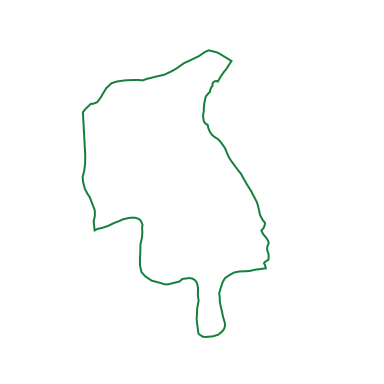 Banha, Al Qalyubiyah, Egypt (orthographic projection), rotated 148°
{"feature_id": "37247803B4989882956634", "entity_name": "Banha", "entity_type": "district", "adm_level": 2, "iso_a3": "EGY", "parent_name": "Egypt", "parent_adm1": "Al Qalyubiyah", "projection": "orthographic", "projection_center": [31.184, 30.466], "detail": "fine", "context": "isolated", "style": "outline", "palette": "green", "viewbox_px": 384, "rotation_deg": 148, "n_neighbors": 0, "source": "geoboundaries", "source_scale": "gbopen_adm2", "svg_char_len": 5114}
<svg xmlns="http://www.w3.org/2000/svg" viewBox="0 0 384 384"><g transform="rotate(148 192 192)"><path d="M89.1,282.1L91.1,286.2L93.0,290.0L95.5,295.0L97.1,297.5L102.8,303.3L106.9,303.9L114.2,303.6L124.5,304.7L130.3,305.5L139.7,305.0L143.8,305.1L145.3,305.2L153.1,306.1L160.2,308.5L161.6,309.0L163.2,309.5L170.8,312.0L174.7,312.8L179.1,316.1L183.7,318.8L189.5,322.1L196.9,325.4L202.6,326.9L209.7,325.5L215.2,322.7L219.8,320.3L224.9,318.4L229.5,319.3L230.9,320.4L238.6,318.8L242.3,317.4L263.1,279.7L267.4,273.0L269.9,269.9L271.7,267.6L276.9,262.6L279.2,257.8L281.1,251.8L281.6,246.2L281.5,241.8L284.1,228.1L286.9,223.4L291.1,219.0L294.9,211.0L291.8,210.8L287.3,209.2L281.5,207.8L278.3,207.4L274.6,207.0L268.5,205.8L265.4,205.5L259.6,203.6L255.7,201.6L253.4,199.8L251.7,197.8L250.7,195.3L250.9,192.7L251.5,190.1L253.1,188.4L255.2,184.6L258.0,180.5L261.0,177.4L263.6,174.7L268.3,167.5L270.5,164.5L271.8,162.6L272.0,162.1L272.3,161.7L275.0,157.3L277.3,150.9L276.4,145.5L275.5,143.4L273.2,138.2L269.8,134.6L266.9,131.5L264.1,128.2L261.3,126.4L259.4,125.8L250.0,122.7L246.3,123.4L242.6,121.7L239.5,120.2L237.7,118.5L236.4,116.2L235.9,113.8L236.5,110.5L238.0,107.0L241.7,101.4L244.0,96.3L249.3,90.5L251.5,87.3L255.7,81.3L258.2,75.9L260.4,71.2L261.2,69.5L261.5,68.0L259.6,63.6L257.1,61.7L250.7,58.5L245.3,57.1L241.1,57.6L238.7,58.3L237.0,59.1L234.8,61.1L233.4,64.1L231.7,70.1L230.0,74.6L228.2,79.9L226.8,83.6L223.8,89.0L222.8,91.5L220.8,93.3L218.5,95.4L213.5,99.5L209.5,101.5L204.7,101.7L200.7,101.5L198.7,101.3L193.9,99.5L190.2,97.3L185.0,94.5L179.0,92.4L175.1,90.5L171.3,88.9L169.9,88.1L169.6,88.6L169.4,89.4L169.2,90.1L169.0,90.8L168.8,91.6L168.8,91.9L168.7,92.3L168.7,93.1L168.7,93.5L167.9,93.8L167.4,93.9L166.8,94.0L166.2,94.1L165.7,94.1L165.1,94.1L164.5,94.1L164.2,94.0L163.9,94.0L163.5,93.9L163.2,94.1L162.7,94.7L162.4,95.0L162.1,95.4L161.6,96.0L161.4,96.4L161.2,96.7L160.7,97.4L160.5,97.8L160.3,98.2L160.0,98.9L159.8,99.2L159.8,99.7L159.7,100.3L159.6,100.9L159.4,101.6L159.2,102.2L159.0,102.7L158.7,103.3L158.4,103.9L158.1,104.4L157.7,104.9L157.3,105.4L156.9,105.9L156.4,106.3L155.9,106.7L155.4,107.1L155.1,107.3L154.9,107.4L154.3,107.7L154.2,107.8L153.8,108.5L153.7,108.9L153.5,109.7L153.4,110.5L153.3,111.3L153.3,112.1L153.3,112.5L153.3,112.9L153.3,113.7L153.3,114.1L153.4,114.5L153.5,115.2L153.6,115.6L153.7,116.4L153.8,117.1L153.9,117.5L153.9,117.9L153.9,118.7L153.9,119.1L153.9,119.5L153.9,120.3L153.8,120.6L153.8,121.0L153.7,121.8L153.5,122.6L153.0,122.8L152.4,122.9L152.0,123.0L151.8,123.1L151.2,123.3L150.6,123.5L150.3,123.7L150.0,123.8L149.5,124.1L149.2,124.3L149.0,124.5L148.5,124.9L148.0,125.3L147.6,125.7L147.1,126.2L146.8,126.7L146.4,127.2L146.6,128.1L146.7,129.2L146.7,129.7L146.8,130.2L146.8,131.2L146.8,131.7L146.8,132.2L146.8,133.3L146.7,133.8L146.7,134.3L146.6,135.3L146.5,135.8L146.4,136.3L146.2,137.4L146.2,137.5L145.5,139.2L144.9,140.8L144.3,142.4L143.8,144.0L143.3,145.6L142.8,147.2L142.6,148.3L142.4,148.9L142.3,149.3L142.3,149.6L142.1,152.4L141.9,155.1L141.7,157.9L141.4,160.6L141.4,161.0L141.3,161.4L141.4,163.6L141.4,166.3L141.4,169.1L141.3,171.8L141.2,174.5L141.1,177.2L140.9,179.9L140.8,181.6L141.1,183.8L141.4,186.3L141.6,188.9L141.8,191.4L142.0,193.9L142.2,196.5L142.3,199.0L142.3,201.2L142.2,202.6L142.0,204.2L141.8,205.9L141.5,207.5L141.2,209.2L140.9,210.8L140.8,211.2L140.8,211.4L140.8,213.0L140.9,214.2L140.9,214.4L140.9,214.6L141.0,216.2L141.1,217.9L141.3,219.5L141.5,221.1L141.8,222.7L141.8,222.8L142.4,224.0L143.2,225.6L143.9,227.2L144.2,227.9L144.4,228.6L144.6,229.3L144.7,229.7L144.7,230.1L144.8,230.8L144.9,231.2L144.9,231.6L145.0,232.3L144.9,232.7L144.9,233.1L144.9,233.8L144.9,234.2L144.8,234.6L144.7,235.3L144.6,235.6L144.6,236.1L144.4,236.9L144.3,237.3L144.2,237.7L144.0,238.4L143.8,238.8L143.7,239.2L143.4,240.0L143.1,240.7L143.2,240.9L143.4,241.2L143.5,241.3L143.7,241.7L144.0,242.2L144.1,242.4L144.1,242.7L144.3,243.2L144.4,243.7L144.5,244.2L144.5,244.7L144.5,245.2L144.5,245.4L144.3,245.9L144.1,246.7L143.9,247.1L143.8,247.5L143.5,248.2L143.3,248.6L143.1,249.0L142.8,249.7L142.6,250.1L142.4,250.4L141.9,251.1L141.7,251.4L141.4,251.8L140.9,252.4L140.6,252.7L140.4,253.0L139.8,253.6L139.2,254.2L138.8,254.8L138.1,256.0L137.3,257.1L136.5,258.2L135.7,259.3L134.8,260.4L133.9,261.4L133.0,262.4L132.0,263.4L131.1,264.4L130.0,265.3L129.7,265.6L129.3,265.8L128.4,266.1L128.0,266.3L127.5,266.4L126.6,266.7L126.2,266.8L125.7,267.0L124.8,267.2L123.9,267.3L123.6,267.4L123.5,267.6L123.2,268.0L122.8,268.5L122.4,268.9L121.9,269.3L121.5,269.7L121.0,270.0L120.5,270.3L120.2,270.4L120.0,270.5L119.8,270.6L119.5,270.8L118.9,270.9L118.4,271.1L118.2,271.5L118.1,271.8L117.9,272.1L117.6,272.5L117.4,272.8L117.1,273.0L116.8,273.2L116.5,273.4L116.1,273.6L115.7,273.7L115.4,273.8L115.0,273.8L114.6,273.8L114.2,273.8L113.8,273.7L113.5,273.6L113.1,273.5L112.8,273.3L112.4,273.1L112.2,272.8L111.9,272.6L111.7,272.3L111.5,272.0L110.8,272.4L109.4,273.1L108.0,273.9L106.6,274.6L105.2,275.3L103.7,275.9L102.3,276.5L100.8,277.1L99.3,277.6L97.8,278.1L97.4,278.2L97.1,278.4L95.4,279.2L93.6,280.1L91.8,280.9L90.0,281.7L89.5,281.9L89.1,282.1Z" fill="none" stroke="#15803d" stroke-width="2"/></g></svg>